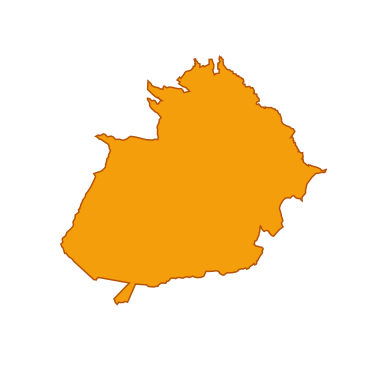 outline of Acajete, Veracruz, Mexico, rotated 206°
{"feature_id": "50627088B80053246551902", "entity_name": "Acajete", "entity_type": "district", "adm_level": 2, "iso_a3": "MEX", "parent_name": "Mexico", "parent_adm1": "Veracruz", "projection": "robinson", "projection_center": [-97.045, 19.566], "detail": "fine", "context": "isolated", "style": "filled", "palette": "amber", "viewbox_px": 384, "rotation_deg": 206, "n_neighbors": 0, "source": "geoboundaries", "source_scale": "gbopen_adm2", "svg_char_len": 6055}
<svg xmlns="http://www.w3.org/2000/svg" viewBox="0 0 384 384"><g transform="rotate(206 192 192)"><path d="M275.8,80.4L274.0,79.8L270.4,79.3L268.1,78.0L241.8,70.2L239.4,71.1L239.6,72.4L238.6,74.2L208.4,82.8L215.3,61.7L214.2,61.0L212.6,59.2L210.0,58.1L209.5,60.9L208.1,61.1L205.2,62.7L204.2,64.3L201.6,64.7L202.4,84.5L191.9,88.7L190.9,88.1L189.5,88.1L185.6,89.5L184.0,90.4L183.3,91.2L181.6,92.1L181.2,92.7L181.4,93.5L180.1,96.3L178.3,97.4L175.9,98.4L175.5,98.9L175.5,100.5L174.4,101.3L173.9,102.2L173.3,104.8L172.8,105.6L170.0,106.9L168.6,107.0L167.7,108.6L165.7,109.6L162.2,110.7L161.6,111.6L159.3,113.8L157.9,113.7L157.0,114.0L154.5,116.6L152.3,116.7L149.4,117.5L147.0,118.9L145.7,120.1L144.5,121.4L144.6,127.0L142.8,127.6L137.3,130.7L136.2,131.6L135.0,132.0L133.7,132.2L132.4,131.9L131.8,131.1L130.5,130.8L129.5,131.0L128.6,130.7L127.4,131.0L126.6,131.7L125.4,134.6L122.4,136.0L121.5,136.7L120.2,137.3L116.9,140.0L116.2,141.1L115.9,142.6L114.3,144.3L112.4,145.2L110.6,147.0L109.9,147.2L109.0,146.6L107.6,148.2L107.1,150.8L106.1,152.0L105.0,154.8L103.8,153.9L102.6,155.4L102.7,156.6L103.1,156.9L103.4,157.8L103.2,158.3L103.5,158.4L102.8,160.2L103.0,161.2L102.6,165.1L102.1,167.9L102.2,168.8L103.1,169.3L103.2,170.1L102.9,171.2L103.2,172.1L104.0,172.7L105.3,172.8L107.6,172.1L109.1,172.1L110.5,171.4L113.4,172.1L113.2,172.7L113.9,175.0L113.9,175.8L113.1,176.1L112.7,176.9L113.0,181.0L112.8,182.1L113.6,184.5L113.7,185.8L114.0,186.8L114.4,187.1L114.7,188.5L115.4,189.7L115.6,191.1L115.1,190.7L114.8,190.9L114.3,190.8L114.2,190.3L112.5,189.0L110.5,188.3L109.9,188.2L108.6,189.8L107.9,190.2L106.3,190.3L105.5,190.0L104.9,189.3L102.0,188.0L100.8,187.8L99.2,188.1L97.4,195.1L96.7,197.1L94.9,200.5L97.8,202.8L97.9,203.8L97.7,206.1L100.8,209.2L102.4,211.4L106.3,215.7L107.0,219.1L106.6,223.8L105.9,226.1L105.0,227.8L103.2,228.9L101.0,229.7L100.3,231.9L99.5,232.9L98.7,233.2L96.2,232.4L95.3,232.3L93.3,232.8L92.0,233.5L90.8,233.0L90.2,232.4L89.1,232.3L90.3,234.0L90.7,236.2L89.6,240.1L89.7,241.5L90.7,243.3L92.2,249.5L90.7,257.7L88.8,263.0L87.1,264.0L83.9,266.6L82.8,266.9L81.4,267.8L81.1,268.8L81.3,271.0L82.2,270.3L82.8,269.3L83.7,268.5L85.3,268.3L86.9,269.0L88.1,268.9L89.3,269.1L95.9,267.9L97.1,268.1L98.5,267.5L98.4,266.7L98.7,266.4L99.4,267.3L99.8,266.7L100.5,266.5L103.2,267.4L104.2,267.4L105.4,268.2L106.3,269.8L107.0,269.6L107.9,270.0L108.0,270.5L107.2,271.2L107.7,272.6L109.6,275.1L109.8,275.8L110.9,275.0L112.5,275.1L113.6,275.7L114.2,274.9L114.6,275.6L114.6,276.4L115.0,276.8L117.1,277.7L117.2,278.3L118.2,279.0L119.5,279.2L119.4,279.5L120.3,281.0L120.7,281.2L121.0,281.7L121.9,281.5L122.3,280.9L122.5,281.1L122.9,282.6L123.3,282.4L124.0,283.2L124.2,284.3L126.2,285.6L127.0,284.6L126.1,291.5L128.7,293.1L131.1,292.7L132.6,293.3L136.3,292.9L139.9,293.1L141.5,293.9L142.7,295.1L143.4,296.7L147.2,300.6L148.4,300.4L151.0,302.6L152.6,302.1L153.3,302.8L153.9,303.0L154.1,302.5L158.0,302.6L158.7,302.0L162.9,300.4L163.3,300.5L162.8,299.5L163.8,298.9L164.9,299.6L166.3,298.9L167.2,298.8L170.4,300.3L170.3,299.8L170.7,299.4L172.6,299.2L173.0,299.6L173.0,301.6L171.5,303.3L172.7,305.3L175.6,306.4L176.3,307.9L176.9,308.3L177.7,307.7L178.8,308.0L179.5,307.6L179.9,307.8L180.1,308.7L179.8,309.0L180.2,309.8L181.5,311.2L183.3,312.4L184.7,311.2L185.8,312.0L186.8,312.1L188.0,311.0L189.5,310.1L190.0,310.4L190.6,310.4L191.7,312.0L192.2,311.9L192.6,311.5L193.4,311.5L194.0,312.0L194.2,312.7L193.7,313.5L194.6,315.1L195.8,316.0L196.4,316.1L196.9,315.6L197.7,316.3L200.1,316.1L200.9,316.8L201.6,316.8L201.7,316.2L203.0,316.1L203.9,317.2L205.3,317.1L206.8,316.4L208.2,318.3L210.0,317.6L211.7,318.2L214.1,317.6L216.1,318.4L219.4,320.1L221.6,323.3L222.1,324.7L224.0,325.0L224.4,325.9L225.6,325.7L226.6,325.9L225.9,323.3L224.0,321.3L224.8,319.6L224.3,319.0L225.0,318.8L224.0,316.4L222.6,313.9L221.1,314.1L219.8,310.5L222.6,308.8L223.2,307.0L223.7,307.3L227.1,310.9L226.5,312.0L228.2,316.1L229.7,317.2L232.2,320.0L234.7,318.7L232.6,314.3L235.9,309.9L236.8,310.6L237.6,310.3L238.6,308.6L239.7,307.6L241.0,310.6L243.3,310.4L244.6,311.7L245.8,311.8L247.2,313.2L248.3,312.2L245.8,309.8L245.7,308.6L244.8,308.5L245.0,307.4L244.6,306.3L246.0,305.4L245.4,304.6L246.5,300.7L250.2,297.7L250.9,295.6L250.7,295.0L251.8,289.2L253.5,289.8L254.5,286.1L251.0,285.7L251.5,283.5L246.4,282.8L242.9,283.3L242.5,282.8L238.2,281.5L242.8,277.8L243.9,278.6L244.4,279.3L245.0,279.4L246.3,280.1L247.1,280.1L250.1,278.7L253.0,277.9L255.2,277.6L256.0,277.1L258.0,276.7L260.3,274.7L263.6,275.0L263.7,273.4L263.2,271.5L265.9,270.8L268.6,270.9L270.9,270.1L275.3,270.1L275.7,271.1L280.2,272.6L276.9,264.7L269.4,262.3L265.2,261.4L263.6,262.2L263.6,261.5L263.4,261.3L262.2,261.4L259.1,261.0L260.4,260.2L260.8,256.9L261.4,255.9L262.5,255.9L262.9,256.6L265.4,257.8L266.7,257.7L267.4,256.6L268.4,256.2L270.0,257.1L271.8,257.1L273.1,256.8L272.7,255.8L271.8,255.1L270.7,254.6L268.8,253.1L268.0,251.1L265.8,249.6L260.5,247.9L258.0,248.0L252.6,245.6L252.3,245.3L253.1,242.9L252.8,241.7L252.2,240.6L252.0,235.8L251.3,234.1L250.5,233.5L248.4,228.7L247.2,227.8L246.3,226.3L245.7,224.1L248.6,223.1L250.3,221.3L255.9,219.0L266.6,216.7L271.4,215.2L272.6,213.7L273.7,211.3L275.8,209.0L277.1,208.1L280.1,207.7L283.9,205.7L286.7,206.9L289.4,206.8L290.0,206.0L292.4,204.6L295.4,205.7L297.4,205.2L298.7,203.0L299.9,202.2L300.9,202.3L302.9,199.8L300.9,199.8L298.9,198.9L296.9,199.3L288.4,198.2L287.1,197.4L285.1,194.6L283.7,193.7L283.5,193.4L283.1,187.9L282.3,187.0L283.0,184.6L281.8,180.6L281.8,179.3L280.7,176.3L281.2,174.6L282.6,171.1L288.3,165.5L285.6,163.8L285.3,162.1L285.2,152.2L285.9,146.6L286.4,144.5L286.5,143.1L286.0,142.1L286.1,139.6L286.7,136.5L286.3,135.8L286.4,132.0L285.9,130.4L286.0,129.0L285.6,128.0L285.6,127.2L286.2,127.0L286.3,126.4L285.0,124.6L285.0,123.8L286.7,120.5L286.7,119.7L286.3,119.1L285.7,117.2L285.8,112.9L284.1,110.3L283.9,109.3L284.7,106.1L286.8,100.8L286.4,98.0L286.5,96.8L287.7,94.8L288.0,93.8L288.0,92.9L287.4,91.9L286.5,90.9L286.2,90.0L286.5,88.6L287.1,87.8L284.6,85.5L284.0,85.6L283.1,84.9L279.5,81.0L278.4,81.8L275.8,80.4Z" fill="#f59e0b" stroke="#b45309" stroke-width="1.5"/></g></svg>